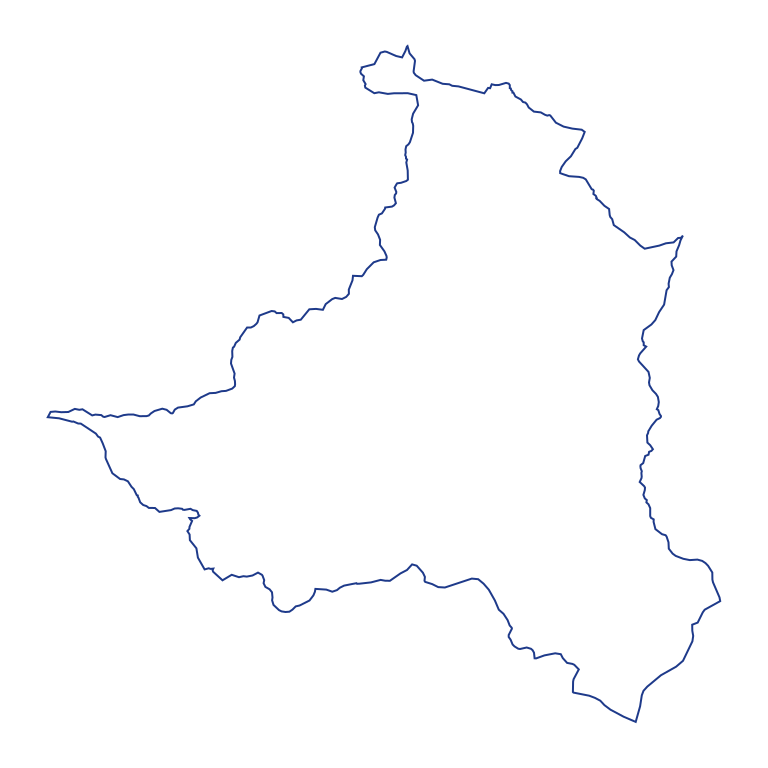 Biertan, Sibiu, Romania (Natural Earth projection)
{"feature_id": "2599482B62458739766524", "entity_name": "Biertan", "entity_type": "district", "adm_level": 2, "iso_a3": "ROU", "parent_name": "Romania", "parent_adm1": "Sibiu", "projection": "natural_earth1", "projection_center": [24.526, 46.113], "detail": "fine", "context": "isolated", "style": "outline", "palette": "blue", "viewbox_px": 768, "rotation_deg": 0, "n_neighbors": 0, "source": "geoboundaries", "source_scale": "gbopen_adm2", "svg_char_len": 6056}
<svg xmlns="http://www.w3.org/2000/svg" viewBox="0 0 768 768"><path d="M683.0,660.8L692.4,641.3L693.2,635.9L692.3,630.7L692.2,624.7L697.7,622.6L702.8,612.3L704.7,609.7L720.2,601.1L719.5,597.4L713.0,582.3L712.4,579.6L712.3,572.5L708.1,565.8L705.5,563.1L702.2,560.9L697.4,559.6L689.8,560.1L683.3,558.8L675.7,555.9L672.6,553.6L668.8,548.7L668.5,542.3L666.6,536.6L665.6,535.2L662.0,534.2L655.4,529.1L653.6,521.9L653.7,519.4L650.9,517.8L650.2,516.1L650.2,508.1L648.5,504.3L646.4,502.4L646.8,500.1L644.8,498.4L643.4,494.9L644.8,490.1L645.0,487.6L644.2,486.2L639.7,482.0L641.5,478.1L641.7,476.5L641.4,473.0L641.8,471.2L640.6,468.2L640.4,466.1L640.6,465.1L643.2,463.1L645.2,456.0L648.5,454.7L649.1,451.8L651.4,450.9L652.9,449.2L650.2,445.2L647.4,442.6L647.0,435.3L648.1,433.0L648.3,431.3L651.7,425.7L656.6,419.7L659.9,418.1L660.9,416.9L661.0,416.1L659.5,413.9L658.3,410.1L656.8,409.2L658.2,406.1L658.8,402.1L657.9,396.9L656.0,393.9L652.4,390.2L649.5,385.3L649.0,382.4L649.8,377.9L648.5,371.9L639.0,361.5L637.9,359.3L639.0,355.5L640.2,353.4L646.2,346.6L643.7,345.2L643.7,342.3L642.8,341.4L642.0,338.5L643.7,330.1L651.4,324.5L655.3,320.1L659.1,312.1L664.1,304.6L666.6,290.2L668.9,287.1L668.6,283.7L669.8,277.7L671.9,274.2L673.5,270.1L671.7,265.3L671.5,261.6L676.2,256.6L676.5,251.4L679.1,245.2L680.5,240.4L682.9,235.6L681.0,237.8L678.1,238.0L673.6,242.4L665.9,243.3L659.3,245.6L644.7,248.7L640.3,245.6L634.7,240.0L629.9,237.5L624.2,232.3L613.8,225.1L612.2,219.2L610.3,217.0L609.7,215.1L609.1,209.0L604.4,205.8L599.7,200.9L596.7,199.0L596.2,198.2L596.7,197.9L595.8,195.8L593.4,194.0L593.8,190.7L593.1,189.7L591.7,189.2L585.8,179.4L583.2,177.8L579.1,176.9L569.0,176.2L560.2,173.2L560.1,171.1L561.7,167.0L565.7,161.3L570.9,156.3L575.4,149.0L577.3,147.8L582.2,138.3L584.7,131.9L581.7,129.7L572.3,128.6L563.6,126.6L555.9,122.7L550.3,115.5L549.2,115.1L547.3,115.6L545.0,114.8L540.8,112.4L533.9,111.6L528.7,107.5L527.0,104.3L525.4,102.6L523.0,102.0L520.9,99.5L515.4,96.5L513.5,92.8L512.4,92.6L512.5,91.3L511.2,90.2L510.8,88.5L509.8,88.2L509.8,85.1L508.7,83.6L506.0,82.9L498.9,85.0L495.3,85.1L491.7,84.3L490.1,88.2L488.1,87.9L484.3,93.3L458.5,86.4L452.2,85.8L449.3,84.3L442.7,83.8L432.2,79.6L424.0,80.7L415.7,75.2L413.8,72.7L413.6,71.3L415.0,60.9L414.5,59.2L409.6,53.4L407.5,46.1L406.9,46.6L405.4,51.0L402.1,57.4L396.1,56.0L386.8,51.9L384.8,51.5L380.5,52.7L374.4,64.1L361.7,67.4L361.9,68.3L360.4,71.1L360.4,72.1L361.0,73.7L363.9,76.3L363.3,80.2L365.6,84.1L364.9,85.6L365.3,87.6L374.3,93.2L378.9,92.3L387.8,93.9L393.7,93.3L407.8,93.2L416.3,95.1L418.1,105.3L413.1,113.7L411.7,119.3L412.0,122.1L412.7,123.3L413.2,125.8L413.0,132.8L409.9,142.2L408.5,144.3L406.2,146.2L405.5,149.4L405.7,152.6L405.2,155.1L406.0,156.8L406.0,158.6L407.1,159.5L406.3,162.5L407.7,170.5L407.9,179.7L406.3,181.0L401.0,182.8L397.2,183.3L396.4,184.4L394.6,187.6L396.3,191.9L396.1,193.4L394.8,195.0L394.4,197.6L395.9,203.2L394.0,205.4L392.0,206.6L385.2,207.5L385.0,208.8L381.9,213.4L378.9,214.7L377.6,217.6L374.8,227.2L375.2,230.3L378.0,234.4L380.1,239.8L379.9,245.0L384.4,251.3L386.5,256.0L386.7,257.6L386.2,259.7L380.5,260.0L373.7,262.3L366.8,269.2L363.2,274.9L361.8,276.2L353.0,275.8L352.5,280.3L348.8,289.6L348.9,293.8L346.2,296.9L342.0,299.0L335.2,297.9L332.2,299.1L325.7,304.1L322.9,309.8L316.0,308.9L309.3,309.3L300.8,319.7L296.6,320.4L292.9,322.3L288.7,317.9L283.4,316.9L283.3,314.4L281.7,313.0L276.6,313.1L274.7,311.4L271.6,311.0L259.5,315.5L257.5,322.4L256.3,323.9L253.8,326.1L250.9,327.5L247.1,327.5L240.2,337.3L239.6,339.6L235.8,342.9L234.1,346.7L232.9,347.6L232.2,351.0L232.4,356.9L231.3,359.9L231.0,363.5L234.6,373.6L234.0,377.6L234.9,380.9L235.1,384.3L234.8,386.2L232.2,388.6L226.0,390.9L221.5,391.2L215.6,392.9L209.6,393.2L200.7,397.5L195.8,401.3L193.8,404.4L187.5,406.3L178.0,407.6L174.8,409.6L172.9,413.0L172.2,413.4L170.8,413.2L166.6,409.8L162.3,408.7L154.5,411.0L150.9,413.4L148.8,415.5L146.6,416.1L139.8,416.2L133.3,414.5L128.5,414.5L123.6,415.1L117.7,417.1L110.5,415.2L104.6,417.0L103.2,416.7L101.3,415.1L95.4,414.6L92.2,415.4L82.5,409.3L79.3,409.8L74.8,408.9L68.3,412.0L61.2,412.2L55.3,411.5L50.6,411.9L47.8,417.2L59.1,418.3L72.1,421.7L73.4,421.5L78.1,423.5L80.8,423.6L95.9,433.6L98.1,436.6L100.1,437.6L102.7,443.3L105.7,451.2L105.5,457.4L105.9,458.9L112.4,473.3L120.1,479.0L123.9,479.4L127.9,481.3L131.5,486.8L133.8,489.1L136.7,495.1L137.8,495.5L137.7,496.7L138.4,497.5L140.2,502.3L143.2,505.0L146.5,506.1L148.8,507.9L155.0,508.0L159.4,511.9L171.0,510.1L174.7,508.5L178.2,508.3L182.1,508.8L182.9,509.7L184.5,509.9L190.5,508.8L192.7,510.1L196.7,510.9L197.9,512.6L198.4,514.7L199.4,515.7L197.1,517.5L194.6,518.2L189.4,518.0L190.2,519.3L192.1,520.9L189.5,526.9L189.4,528.8L187.4,531.1L189.6,534.5L189.9,540.2L196.4,548.3L197.9,557.6L204.6,569.4L208.7,568.3L210.6,568.9L213.3,568.6L212.6,570.1L213.1,571.7L222.5,580.3L231.7,574.8L239.0,577.2L243.4,576.2L246.8,576.6L252.5,575.5L258.0,572.6L261.9,574.8L262.5,575.6L264.2,580.1L263.6,583.2L265.4,586.9L269.6,589.3L272.0,592.3L272.5,597.5L272.1,600.3L273.5,604.9L279.0,610.1L281.6,611.4L285.5,612.0L289.4,611.7L292.5,609.6L295.7,606.4L299.6,605.5L309.5,600.5L313.4,595.4L314.9,591.8L315.4,588.9L326.3,589.6L332.3,591.7L337.0,590.1L339.9,587.7L344.1,585.6L352.7,583.9L356.5,583.2L357.0,583.8L359.4,583.7L371.0,582.4L380.6,579.9L385.1,580.7L389.9,580.8L400.5,573.4L407.0,570.0L412.1,564.4L416.7,565.7L422.9,572.7L424.9,576.9L424.5,580.8L425.2,581.9L432.2,584.1L438.2,587.1L444.9,587.5L471.8,578.6L478.2,579.2L483.6,583.7L488.8,589.7L494.9,600.5L498.8,609.7L503.5,613.8L507.6,620.1L509.7,625.5L511.7,627.7L511.9,628.7L508.7,635.0L508.7,637.0L510.6,639.7L512.6,644.5L514.5,646.4L518.2,648.7L520.0,649.0L526.7,647.5L531.0,648.8L532.6,650.2L534.0,652.7L534.6,658.3L536.1,658.4L544.4,655.4L555.2,653.3L560.8,654.2L562.8,658.1L567.1,662.9L572.4,663.9L574.3,664.8L578.8,669.4L573.6,679.2L573.1,681.6L572.9,692.0L573.5,692.6L589.2,695.7L595.0,697.9L600.3,700.7L604.4,705.1L610.5,709.7L623.6,716.7L635.7,721.9L640.1,706.3L641.8,695.3L643.5,690.8L647.3,686.6L661.0,675.2L676.1,666.7L683.0,660.8Z" fill="none" stroke="#1e3a8a" stroke-width="2"/></svg>